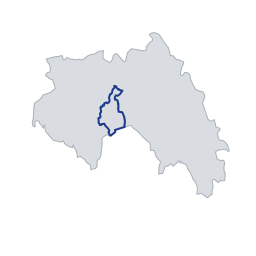 Mamou, Mamou, Guinea shown in context, rotated 343°
{"feature_id": "49546643B72815389499799", "entity_name": "Mamou", "entity_type": "district", "adm_level": 2, "iso_a3": "GIN", "parent_name": "Guinea", "parent_adm1": "Mamou", "projection": "equal_earth", "projection_center": [-11.801, 10.57], "detail": "medium", "context": "in_parent", "style": "outline", "palette": "blue", "viewbox_px": 256, "rotation_deg": 343, "n_neighbors": 0, "source": "geoboundaries", "source_scale": "gbopen_adm2", "svg_char_len": 5332}
<svg xmlns="http://www.w3.org/2000/svg" viewBox="0 0 256 256"><g transform="rotate(343 128 128)"><path d="M154.4,176.0L152.5,175.6L151.7,176.1L149.2,180.0L147.7,181.6L145.4,181.1L144.5,181.4L143.9,180.9L144.8,178.8L146.0,174.5L149.0,170.2L149.1,169.3L147.8,166.8L146.5,163.3L146.5,159.7L146.2,157.0L143.5,156.3L143.0,155.8L143.0,154.9L144.5,150.4L144.6,149.4L144.4,148.6L142.7,146.3L140.1,141.9L135.7,133.0L134.0,131.2L132.4,128.4L131.8,126.7L130.1,126.1L114.5,126.2L114.2,128.5L108.8,130.1L105.5,128.3L101.8,129.3L100.0,130.5L98.7,135.7L97.9,136.8L97.1,139.2L96.4,140.4L95.5,143.0L93.8,146.6L91.9,149.0L88.8,150.3L87.8,154.1L87.1,155.6L85.9,156.7L84.6,157.4L82.1,156.7L80.6,157.4L80.4,156.4L81.2,153.3L80.6,151.8L78.1,148.6L77.9,147.1L77.1,145.1L73.9,141.0L70.9,141.3L71.7,137.9L71.7,133.4L70.7,130.9L70.9,128.4L70.4,128.5L69.4,130.3L67.7,129.7L64.5,127.0L62.8,124.4L62.6,122.2L62.3,121.3L61.2,121.8L59.2,121.7L52.9,117.8L48.5,107.9L48.4,105.6L49.0,101.8L48.9,100.7L46.8,103.3L46.5,101.6L44.9,97.6L44.5,95.3L43.0,94.3L41.8,94.1L40.8,94.9L39.6,99.5L38.7,99.5L37.7,98.5L37.9,95.0L40.4,90.7L44.4,79.7L45.9,77.2L46.8,76.3L48.7,76.2L52.4,74.8L57.0,71.3L60.5,71.6L64.6,71.2L70.0,68.8L70.1,61.5L69.9,59.9L68.0,58.4L66.9,57.1L65.9,55.5L64.8,54.3L64.8,53.1L67.2,51.5L69.4,51.6L70.1,51.0L70.7,49.9L71.3,47.3L71.5,44.5L70.1,40.7L70.2,38.1L78.1,38.4L82.4,39.2L85.9,39.4L86.5,40.0L86.0,42.6L86.5,44.1L87.7,44.5L89.6,42.7L90.7,43.1L92.9,45.3L95.0,46.0L97.2,47.2L99.3,47.8L101.2,47.7L102.6,49.0L105.2,49.4L108.6,47.8L111.3,47.1L115.1,46.9L117.0,47.5L122.7,46.2L127.2,46.9L126.5,47.8L124.5,53.7L124.7,54.7L129.3,59.7L130.4,60.0L131.6,59.4L133.6,57.1L135.1,54.6L136.6,53.4L138.4,53.4L139.8,55.2L143.0,62.6L143.8,63.5L144.6,63.5L146.0,62.1L146.8,60.5L149.8,55.6L154.4,53.2L165.5,58.8L167.2,59.2L168.1,58.8L169.5,55.5L173.7,52.7L175.6,51.9L176.8,51.8L177.2,50.9L177.4,49.5L177.2,48.2L175.9,45.7L175.9,44.9L176.6,44.4L178.2,44.1L180.2,44.3L182.6,45.4L184.5,47.0L185.5,48.8L187.6,56.6L190.0,62.7L189.9,70.9L191.0,71.7L192.1,72.1L192.7,72.7L193.8,76.1L194.9,77.1L196.2,77.3L198.6,79.5L200.1,80.3L200.3,81.0L200.3,81.9L199.7,83.0L197.4,85.3L196.2,87.2L193.9,91.9L193.8,92.7L194.3,93.4L195.3,93.5L196.3,93.2L198.5,91.5L200.2,92.1L201.9,93.4L202.5,94.7L202.6,96.5L202.3,98.7L202.2,101.3L202.8,105.6L203.7,110.0L204.5,111.6L210.0,115.4L210.6,116.8L210.9,118.4L210.5,120.6L209.9,121.9L206.9,125.3L206.5,126.9L206.7,129.9L207.0,142.6L208.2,144.8L209.6,145.9L212.9,145.3L212.8,148.8L212.4,152.8L214.3,154.0L215.3,155.2L215.8,156.3L212.8,158.4L211.9,159.6L211.5,163.0L211.6,166.0L215.7,168.2L217.3,170.8L218.0,173.4L218.3,178.5L217.9,179.6L216.9,179.6L214.8,176.6L211.6,176.2L209.2,175.6L205.3,176.0L204.6,177.0L204.2,183.6L205.2,184.8L207.0,186.0L208.3,186.6L209.3,186.4L210.1,187.2L210.3,189.4L209.7,191.0L208.7,192.5L207.4,196.4L207.7,199.9L205.5,205.6L204.9,206.7L201.9,205.6L200.0,205.2L198.6,206.6L196.7,204.4L196.3,202.7L195.6,202.3L194.3,202.3L193.2,203.3L192.6,205.1L192.4,208.7L190.2,212.1L188.7,216.4L187.0,216.0L186.6,216.5L184.7,217.6L183.1,217.9L182.7,216.8L181.8,215.9L180.7,214.1L179.5,212.6L177.3,211.6L176.4,212.0L175.3,211.9L174.6,211.3L174.7,210.5L175.9,208.2L176.6,206.2L176.9,203.9L176.9,201.8L176.3,198.8L175.3,196.4L175.0,195.0L175.1,193.1L174.9,191.2L174.6,190.3L174.1,186.8L173.5,186.2L173.1,183.4L173.2,180.6L172.3,179.5L171.0,178.7L170.1,177.6L169.6,176.4L169.1,176.0L168.7,176.1L168.3,176.8L167.9,177.0L167.1,174.3L166.7,174.2L166.2,174.9L159.8,177.8L159.0,175.3L157.8,174.8L155.7,175.9L154.4,176.0Z" fill="#d9dde1" stroke="#a8b0b8" stroke-width="1"/><path d="M133.0,91.2L133.4,90.6L131.7,89.7L131.1,89.1L130.6,88.2L130.0,88.4L129.3,87.2L128.9,85.6L128.5,84.3L128.2,84.2L128.3,84.6L127.8,84.5L127.5,84.3L127.2,84.2L127.3,85.4L125.9,85.9L125.4,86.3L124.4,87.0L123.1,89.4L122.7,89.9L122.2,90.3L121.5,90.6L121.1,90.3L120.9,90.4L120.3,91.3L119.9,91.7L119.6,91.9L119.5,92.4L118.6,93.5L118.7,94.6L118.6,95.5L118.4,96.1L118.1,96.7L118.0,97.2L117.6,97.3L116.8,98.1L116.0,98.0L115.6,98.3L115.0,97.8L114.6,97.2L114.0,97.4L113.7,97.3L112.5,97.5L112.2,98.1L112.1,98.8L111.5,99.5L111.0,99.4L110.5,98.9L109.8,99.6L109.5,100.2L108.9,100.1L108.1,100.5L108.0,100.1L107.6,100.5L107.4,101.0L107.4,102.4L107.0,104.6L106.6,105.1L106.0,105.4L105.4,106.2L105.3,106.8L105.2,108.1L104.9,109.4L104.6,109.8L104.0,109.9L103.2,109.7L102.5,110.1L102.6,110.5L102.3,111.0L101.9,113.3L101.5,113.9L101.5,114.1L101.6,115.4L101.8,115.5L102.0,116.0L102.1,117.0L103.5,117.2L103.9,116.6L104.2,116.5L105.4,116.9L106.0,116.8L106.7,117.1L106.8,118.5L107.0,119.2L107.5,120.0L107.8,121.0L108.3,121.5L108.5,121.8L108.7,122.7L109.1,123.5L109.3,124.7L109.2,125.2L108.9,125.7L108.3,126.0L108.1,126.8L108.2,127.5L108.4,128.1L108.7,130.0L109.4,130.2L114.6,128.1L114.8,127.8L115.0,126.4L115.1,126.1L125.1,126.0L125.3,125.3L125.3,124.2L126.1,123.2L126.3,122.3L126.8,121.3L127.1,120.0L127.3,119.0L127.2,118.1L127.5,117.4L127.6,116.6L127.5,115.0L127.2,111.7L127.0,111.1L126.0,110.9L124.8,110.0L124.4,109.8L123.9,109.8L123.9,109.0L124.2,107.5L124.1,107.2L124.4,106.0L124.8,105.8L125.1,105.0L125.1,104.1L125.5,103.5L125.6,102.8L125.8,102.1L125.5,101.9L125.9,100.8L125.8,99.8L126.1,98.8L125.6,98.0L124.6,97.1L124.0,97.1L123.9,96.2L124.3,94.9L125.7,93.3L126.6,93.6L127.3,94.0L127.5,94.1L128.2,94.0L129.1,93.6L130.0,93.4L133.0,91.2Z" fill="none" stroke="#1e3a8a" stroke-width="2"/></g></svg>